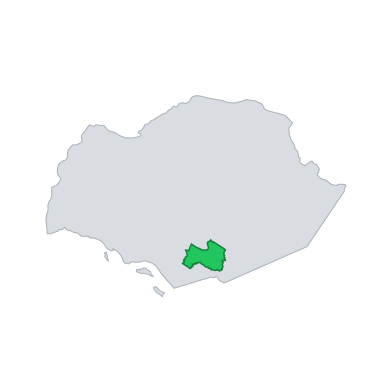 Simanjiro, Manyara, United Republic of Tanzania shown in context, rotated 124°
{"feature_id": "72390352B2790991966076", "entity_name": "Simanjiro", "entity_type": "district", "adm_level": 2, "iso_a3": "TZA", "parent_name": "United Republic of Tanzania", "parent_adm1": "Manyara", "projection": "robinson", "projection_center": [37.302, -4.321], "detail": "fine", "context": "in_parent", "style": "filled", "palette": "green", "viewbox_px": 384, "rotation_deg": 124, "n_neighbors": 0, "source": "geoboundaries", "source_scale": "gbopen_adm2", "svg_char_len": 8083}
<svg xmlns="http://www.w3.org/2000/svg" viewBox="0 0 384 384"><g transform="rotate(124 192 192)"><path d="M151.5,263.7L148.1,261.7L145.0,260.5L142.5,259.2L141.4,257.8L139.0,257.3L137.0,257.1L135.1,255.9L131.2,255.4L130.8,254.6L130.7,252.8L130.1,252.3L128.6,251.9L127.1,251.9L126.2,252.1L125.7,252.0L124.4,250.9L123.2,249.6L122.8,247.4L121.0,246.0L119.0,244.9L113.3,245.0L112.4,244.7L111.0,243.6L109.5,241.8L108.2,239.7L107.1,236.9L105.9,233.1L99.3,218.0L98.6,215.1L97.4,211.9L95.3,208.0L93.1,205.1L90.1,202.5L86.7,199.9L84.8,198.1L81.3,191.0L80.6,187.7L80.0,184.2L80.2,182.8L82.4,178.4L82.6,177.1L82.3,175.4L81.2,171.9L79.8,167.6L77.0,159.7L76.6,157.8L76.7,156.3L78.3,148.3L78.3,147.2L84.8,147.4L89.5,143.9L93.7,138.6L94.5,136.5L96.2,133.1L97.8,131.5L98.5,130.3L99.4,127.0L101.6,124.7L103.7,123.0L103.3,121.7L103.6,121.3L104.7,120.4L107.0,119.6L107.4,117.8L107.4,115.9L107.0,114.8L107.1,113.5L106.8,112.8L105.3,112.6L103.1,111.6L101.3,111.2L100.0,110.6L99.6,110.2L99.4,109.0L100.4,106.0L99.4,104.7L101.6,99.7L102.0,99.0L102.9,99.0L104.2,98.4L105.4,98.2L106.4,98.4L107.1,98.2L107.8,97.6L108.3,95.9L108.7,93.0L108.5,90.7L107.5,88.9L107.3,86.1L107.7,82.4L107.4,79.4L106.3,76.9L105.3,75.5L103.6,74.8L101.1,71.0L100.3,69.2L100.4,68.1L101.3,67.6L102.9,67.8L104.5,67.3L105.9,66.3L107.3,66.0L108.0,66.2L173.1,66.2L249.1,114.2L249.5,114.8L250.1,118.9L249.9,120.3L248.8,122.7L248.4,124.0L248.4,124.8L248.7,125.2L249.7,125.3L250.5,125.8L250.9,126.3L251.5,128.1L252.3,129.0L281.2,152.6L281.9,152.9L281.4,154.9L279.8,159.7L279.7,161.7L279.1,164.0L278.5,165.6L276.8,172.3L275.4,174.9L273.5,180.8L273.2,185.3L274.2,188.5L274.6,191.4L276.8,194.3L278.6,195.4L279.8,196.7L282.0,199.7L283.2,202.8L287.0,204.3L288.5,207.7L288.0,210.1L286.2,212.0L284.5,215.2L283.2,219.3L283.1,225.7L284.0,224.7L286.1,226.2L286.3,230.9L284.2,236.4L283.6,238.9L283.5,241.1L285.0,247.6L287.3,250.9L287.1,251.9L286.5,252.8L290.4,258.7L290.1,263.8L291.6,267.7L292.2,271.2L293.2,273.8L293.3,275.6L292.1,277.7L295.0,278.2L296.7,279.8L297.5,281.4L299.5,281.3L300.7,282.4L302.3,283.3L305.8,286.0L306.8,287.3L307.4,288.6L297.5,296.9L294.0,299.1L291.4,300.1L288.7,300.7L286.2,302.0L283.7,304.0L280.6,305.1L276.8,305.1L272.9,306.5L266.6,310.9L263.0,308.5L260.1,307.7L256.8,307.8L254.8,308.1L254.1,308.6L253.5,310.1L252.9,312.5L250.8,314.8L247.0,317.0L243.5,317.9L240.3,317.3L238.2,316.4L237.0,315.1L235.4,314.5L233.2,314.6L231.1,315.5L229.1,317.2L225.9,318.0L221.5,317.8L219.1,316.9L218.8,315.5L216.9,313.8L213.4,311.8L210.8,311.8L209.1,313.7L207.6,314.8L206.2,315.3L205.0,315.4L203.2,314.9L198.3,314.7L193.7,314.7L193.3,312.1L192.3,310.4L191.5,309.4L189.9,309.2L189.4,308.4L188.9,306.8L188.1,305.3L187.1,304.1L186.4,303.0L186.2,302.0L186.4,300.9L187.4,298.2L187.7,296.3L187.5,294.3L187.0,292.4L185.9,290.0L186.0,289.3L185.7,287.7L185.6,286.6L185.8,285.2L185.6,283.3L184.7,279.4L184.7,278.4L183.7,276.5L180.6,271.9L180.4,271.3L175.6,266.8L173.7,265.8L173.0,266.6L172.8,267.4L173.0,268.9L172.8,269.6L172.6,269.9L171.5,269.9L170.8,269.7L169.0,268.5L167.6,268.2L164.0,268.4L162.8,268.7L161.8,268.4L160.0,266.4L157.8,265.9L155.8,265.8L152.6,263.4L151.5,263.7ZM287.5,187.7L289.1,192.7L288.9,193.7L287.8,194.3L287.2,194.3L286.5,193.5L286.0,191.8L285.2,192.2L283.7,190.2L282.3,190.1L281.0,187.7L281.5,185.6L281.2,182.0L282.8,180.2L283.6,177.1L284.6,179.2L284.9,182.5L286.2,186.4L287.5,187.7ZM295.2,157.9L295.3,159.1L295.0,160.2L295.1,163.8L294.9,166.1L293.7,169.4L292.8,170.6L291.9,170.2L291.2,169.7L290.7,168.8L291.8,162.8L291.2,158.4L293.4,158.8L295.2,157.9ZM291.9,230.1L290.8,230.4L290.4,230.1L289.7,229.1L290.9,228.3L292.0,226.7L294.7,224.3L296.0,222.4L295.8,224.3L294.3,228.3L293.0,228.6L291.9,230.1Z" fill="#d9dde1" stroke="#a8b0b8" stroke-width="1"/><path d="M229.9,126.1L229.8,126.4L229.6,126.7L229.4,126.9L229.4,127.0L229.6,127.4L229.5,127.5L229.4,127.6L229.0,127.4L228.9,127.5L228.8,127.8L228.7,127.9L228.5,128.1L228.4,128.0L228.2,128.0L227.9,128.3L227.9,128.7L227.8,128.9L227.7,129.0L227.5,129.3L227.4,129.3L227.1,129.6L226.9,129.8L226.7,129.9L226.4,129.8L226.4,130.0L226.2,130.1L226.2,130.3L225.8,130.6L225.7,130.6L225.6,130.8L225.3,131.0L225.2,131.2L225.2,131.3L225.0,131.5L223.8,131.6L223.2,131.8L221.2,132.0L221.2,132.9L221.1,133.3L221.2,134.2L221.1,135.2L221.2,135.9L221.2,137.2L221.2,137.5L221.2,138.4L221.2,138.6L221.2,139.2L221.2,139.6L221.2,140.1L221.2,140.6L221.3,142.3L221.4,146.6L222.2,146.9L222.1,147.0L221.9,147.6L221.7,147.9L221.8,148.0L221.8,148.4L221.4,148.9L221.3,149.7L221.9,149.7L222.2,149.7L222.4,149.9L222.7,149.9L223.1,149.9L223.3,150.0L223.9,150.6L224.1,150.7L224.4,150.7L224.6,150.8L225.5,150.9L226.6,149.9L227.7,148.8L228.2,148.1L229.3,146.9L231.5,146.9L232.5,148.2L233.0,149.0L234.5,151.2L234.5,153.0L234.6,153.3L234.9,155.2L235.2,156.3L235.4,158.0L235.5,159.0L235.6,160.3L235.4,161.4L235.4,162.1L235.5,162.9L235.5,163.4L239.2,162.7L240.7,162.3L242.2,161.8L243.7,164.7L245.8,161.8L246.0,161.5L247.9,160.3L248.2,160.3L248.8,160.5L249.8,161.0L250.0,161.1L251.0,160.5L251.7,160.4L251.8,160.5L252.1,160.7L252.2,160.8L252.3,160.9L252.4,160.7L252.5,160.6L252.9,160.6L252.9,160.4L253.0,160.4L252.9,160.3L253.0,160.2L253.2,159.8L253.3,159.8L253.3,159.7L253.7,159.7L253.8,159.6L254.2,159.5L254.3,159.6L254.5,159.6L254.5,159.4L254.8,159.3L255.0,159.4L255.1,159.2L255.1,159.3L255.3,159.3L255.4,159.2L255.6,159.3L255.7,159.5L255.8,159.7L255.9,159.8L256.1,159.9L256.4,159.9L256.5,159.9L256.4,158.2L256.5,157.0L256.4,156.2L256.5,154.9L256.4,154.7L256.2,154.5L256.1,154.3L256.4,153.3L256.4,152.4L256.5,151.0L256.4,151.0L256.3,150.8L256.2,150.8L255.8,150.6L255.7,150.6L255.3,150.7L255.2,150.7L255.2,150.4L255.3,150.4L255.2,150.3L255.1,150.1L254.9,150.2L254.7,150.2L254.7,150.3L254.4,150.3L254.2,150.2L254.1,150.3L253.9,150.4L253.7,150.2L253.5,150.3L253.3,150.0L253.2,150.2L252.9,150.2L252.7,150.4L252.6,150.6L252.4,150.6L252.2,150.9L251.9,150.9L251.7,150.8L251.6,150.6L251.5,150.9L251.3,150.5L251.2,150.3L250.9,150.1L250.7,150.2L250.7,149.9L250.4,149.8L250.4,149.7L250.2,149.7L250.1,149.4L250.0,149.1L249.7,149.0L249.8,148.9L249.7,149.0L249.6,148.9L249.4,148.7L249.1,148.7L248.8,148.9L248.8,148.7L248.7,148.8L248.7,148.7L248.6,148.4L248.3,148.4L248.3,148.2L248.1,148.2L247.9,148.0L247.9,147.9L247.6,147.8L247.6,147.6L247.3,147.6L247.1,147.5L247.1,147.4L247.0,147.2L246.9,147.2L246.7,147.0L246.7,146.9L246.6,146.7L246.3,146.4L246.3,146.1L246.1,146.0L246.2,145.9L246.0,145.5L246.0,145.4L246.0,145.2L246.0,144.9L246.2,144.7L246.3,144.6L246.2,144.4L246.1,144.1L246.0,143.8L246.2,143.7L246.3,143.6L246.4,143.4L246.4,143.2L246.2,142.9L246.2,142.6L246.2,142.2L246.0,141.9L246.0,141.7L246.1,141.2L246.2,140.9L246.2,140.7L246.3,140.3L246.3,140.2L246.4,139.9L246.5,139.7L246.4,139.4L246.4,139.1L246.3,138.9L246.3,138.7L246.2,138.3L246.2,138.1L246.0,137.8L246.0,137.7L246.0,137.2L245.9,137.2L245.7,137.1L245.5,136.9L245.6,136.7L245.6,136.4L245.4,136.1L245.5,136.0L245.4,136.0L245.4,135.9L245.3,135.6L245.4,135.4L245.5,135.3L245.4,135.0L245.4,134.9L245.5,134.6L245.4,134.4L245.3,134.2L245.3,133.9L245.2,134.0L245.1,133.9L245.1,133.7L245.3,133.5L245.1,133.5L245.1,133.3L245.3,133.4L245.3,133.2L245.3,132.9L245.4,132.6L245.5,132.5L245.5,132.3L245.4,132.0L245.0,131.5L244.7,130.7L244.5,130.1L244.5,129.9L244.3,129.6L244.3,129.2L244.2,129.1L244.1,128.9L243.9,128.7L243.6,128.6L243.5,128.4L243.4,128.3L243.1,128.2L242.8,127.6L242.7,127.4L242.6,127.2L242.5,126.9L242.4,126.9L242.5,126.8L242.3,126.6L242.2,126.4L242.2,126.1L242.1,125.9L242.1,126.0L242.1,125.8L242.0,125.7L242.1,125.2L242.0,124.9L241.9,124.8L241.7,124.8L241.5,124.7L241.2,124.8L241.0,124.7L240.9,124.7L240.7,124.6L240.5,124.4L240.4,124.4L240.4,124.1L240.2,124.1L240.3,123.9L240.2,123.8L239.8,123.7L239.6,123.9L239.4,123.7L239.2,123.8L239.1,124.0L238.9,124.1L238.7,124.5L238.4,124.4L238.1,124.4L237.9,124.3L237.8,124.5L237.6,124.6L237.4,124.5L237.0,124.7L236.9,124.7L236.7,124.8L236.4,124.8L236.2,124.9L236.1,125.1L235.9,125.4L235.4,125.8L235.3,126.0L235.1,126.3L235.1,126.5L234.2,126.6L233.6,127.1L233.4,126.8L232.9,126.8L232.8,127.3L232.4,128.3L231.7,128.5L231.6,128.2L231.0,127.2L230.2,126.2L229.9,126.1Z" fill="#22c55e" stroke="#15803d" stroke-width="1.5"/></g></svg>